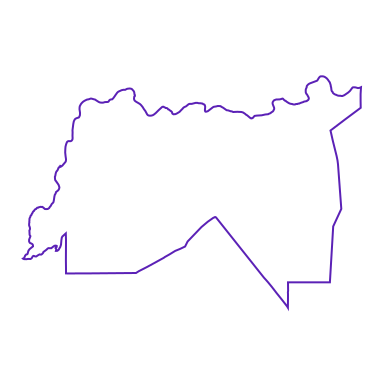 Dagana, Saint-Louis, Senegal (Natural Earth projection)
{"feature_id": "50182788B94177495754038", "entity_name": "Dagana", "entity_type": "district", "adm_level": 2, "iso_a3": "SEN", "parent_name": "Senegal", "parent_adm1": "Saint-Louis", "projection": "natural_earth1", "projection_center": [-16.074, 16.26], "detail": "fine", "context": "isolated", "style": "outline", "palette": "violet", "viewbox_px": 384, "rotation_deg": 0, "n_neighbors": 0, "source": "geoboundaries", "source_scale": "gbopen_adm2", "svg_char_len": 5787}
<svg xmlns="http://www.w3.org/2000/svg" viewBox="0 0 384 384"><path d="M361.0,87.2L359.7,87.8L358.0,88.1L355.5,87.4L353.7,87.3L352.8,87.4L352.4,87.7L349.9,91.0L348.1,92.6L344.3,95.2L342.4,96.0L341.5,96.0L340.0,95.7L339.2,95.8L338.0,95.6L337.3,95.4L336.2,94.8L335.5,94.7L334.1,93.9L333.1,93.1L332.8,92.6L332.5,91.8L331.9,91.3L331.5,90.3L331.1,87.2L330.8,86.4L330.7,85.2L329.9,82.7L329.8,82.3L329.4,81.9L327.9,79.7L326.8,78.4L325.2,77.2L324.0,76.6L322.7,76.3L320.8,76.3L319.9,76.7L319.6,77.0L318.8,78.0L317.3,80.5L316.8,80.8L310.1,83.3L308.9,83.9L307.9,84.7L306.9,85.9L306.7,86.5L306.7,87.2L305.8,89.3L305.7,90.9L305.8,92.6L306.4,93.9L306.9,94.3L308.5,97.2L308.8,98.1L308.8,98.8L308.2,100.0L306.9,100.8L306.7,101.1L304.0,101.6L303.4,102.0L300.6,102.9L299.1,103.6L298.2,103.6L297.5,104.0L296.0,104.0L295.6,104.3L294.5,104.5L293.1,104.4L292.5,104.1L290.2,103.7L288.8,103.1L286.3,101.5L285.6,100.8L285.2,100.8L284.0,99.9L283.0,98.8L282.7,98.6L282.0,98.7L281.3,99.0L279.6,99.4L276.2,99.5L274.2,100.2L273.3,101.2L272.7,102.2L272.6,102.8L272.6,103.6L272.8,104.4L274.1,107.7L274.2,108.9L273.9,109.7L273.6,110.1L273.4,110.7L272.9,111.4L271.0,112.6L270.6,113.1L268.6,113.9L268.2,114.2L265.2,114.5L261.7,115.3L256.8,115.6L254.6,115.9L253.7,116.8L253.2,117.6L251.8,118.4L250.9,118.3L250.7,118.0L250.2,117.9L247.0,115.2L246.3,114.9L245.2,113.9L243.1,112.5L241.5,112.0L237.4,111.8L233.2,112.0L231.6,111.3L230.8,111.3L228.2,110.4L226.6,110.2L223.1,107.7L221.2,106.7L220.7,106.2L220.1,106.1L217.8,106.0L216.3,106.4L213.8,106.8L213.0,107.2L207.8,111.2L206.1,111.7L205.5,111.7L205.2,111.4L204.9,110.2L205.2,106.8L204.9,105.4L204.5,104.7L204.1,104.4L203.4,104.3L202.6,103.6L200.8,103.3L198.5,103.2L197.5,102.9L195.5,102.9L191.6,103.9L189.5,103.9L188.6,104.2L186.1,106.3L184.3,107.1L183.3,107.8L182.8,108.5L181.1,110.2L179.5,111.9L176.8,113.5L175.5,114.1L174.7,114.2L174.2,114.2L173.6,114.3L172.6,113.8L172.2,113.2L172.1,112.3L171.2,111.2L170.9,111.2L169.4,110.0L169.3,109.8L168.1,109.3L167.8,108.8L167.3,108.3L166.3,108.0L165.7,108.0L164.8,107.4L164.1,107.2L163.7,106.8L163.0,106.7L162.1,107.0L158.7,110.1L155.8,113.0L154.1,114.4L152.8,115.2L151.4,115.6L149.9,115.7L148.6,115.5L147.8,115.1L147.1,114.3L145.4,111.1L143.9,109.1L142.7,107.1L141.0,105.0L139.9,104.0L138.6,103.2L136.2,101.8L135.1,101.0L134.6,100.5L134.3,99.9L134.1,99.3L134.0,98.6L134.3,96.4L134.6,96.0L134.7,96.3L134.7,96.6L134.9,96.0L134.9,95.4L134.8,94.8L134.5,94.4L134.2,92.2L133.7,91.1L131.9,89.1L131.0,88.7L129.7,88.5L127.8,88.7L126.9,88.9L125.2,89.8L124.5,89.8L123.4,89.8L121.6,90.2L118.5,91.6L117.8,92.1L117.2,92.7L115.6,94.9L114.6,96.4L113.2,98.3L112.2,99.3L111.2,99.4L109.9,99.8L109.5,100.1L108.5,101.6L108.0,101.9L107.1,102.0L104.9,102.1L103.3,102.6L102.1,102.7L100.1,102.5L98.8,102.0L95.8,100.1L95.4,99.7L91.4,98.6L90.6,98.6L88.7,99.3L86.9,99.6L84.5,100.8L83.0,101.8L81.7,103.1L80.9,104.1L79.8,106.2L79.6,107.2L79.5,109.2L80.0,112.6L80.0,114.0L79.9,115.3L79.6,116.0L79.3,116.7L78.9,117.4L78.2,117.7L77.3,117.9L75.5,118.7L74.9,119.3L74.4,120.1L73.8,121.4L73.3,123.9L72.5,130.2L72.6,132.6L72.5,135.8L72.6,138.0L72.5,139.2L72.2,139.9L71.6,140.7L70.9,141.1L70.2,141.2L68.5,141.1L67.9,141.3L67.2,141.8L66.8,142.5L66.1,144.3L65.5,146.7L65.3,149.4L65.2,152.6L65.6,156.4L66.0,159.1L66.0,159.9L65.8,161.3L65.3,162.2L64.6,162.9L64.2,163.5L63.6,164.1L62.4,165.6L60.8,166.7L60.6,166.4L60.5,166.0L60.3,165.9L59.9,166.6L59.5,166.7L59.2,167.4L58.6,167.7L58.3,168.4L57.7,169.9L57.2,170.7L56.5,171.4L56.2,172.0L55.9,172.8L55.6,174.0L55.3,175.9L55.0,176.4L54.9,176.9L55.0,178.7L55.2,180.0L55.6,180.7L55.9,180.9L56.4,181.8L57.1,182.5L57.3,183.1L57.7,183.5L58.6,184.9L59.4,187.3L59.1,188.8L58.6,189.8L58.3,190.1L58.0,190.5L56.0,192.1L55.7,193.3L55.4,193.8L55.2,194.3L54.8,194.8L54.5,196.1L54.4,196.5L53.9,200.0L53.5,202.0L52.9,202.9L51.8,203.9L50.6,206.1L50.0,206.7L49.1,208.1L47.7,209.0L46.1,209.1L44.9,209.0L44.4,208.6L44.0,208.1L43.6,208.0L43.2,207.5L42.4,206.9L41.2,207.0L40.8,206.8L40.3,206.9L38.7,207.3L38.2,207.7L37.7,207.7L37.3,207.7L36.6,208.3L36.2,208.9L35.3,209.2L34.9,209.6L34.0,210.7L34.0,210.9L33.5,211.2L32.8,212.1L32.3,213.3L31.9,213.7L31.3,215.2L30.8,215.5L30.5,216.0L30.4,216.7L29.6,218.3L29.4,219.2L29.5,219.8L29.3,221.4L29.4,222.4L29.2,222.9L29.1,225.0L29.2,225.7L29.6,226.7L29.8,227.3L30.0,228.6L29.9,229.5L29.4,230.5L29.6,234.7L29.8,235.3L30.0,235.6L30.4,236.1L30.3,236.6L29.2,239.4L29.1,239.9L29.1,241.4L29.5,242.3L29.8,242.8L30.7,243.3L31.1,243.4L32.0,243.9L32.4,244.2L32.8,244.8L32.9,245.2L33.0,245.9L33.0,246.4L32.4,246.8L32.2,247.1L31.7,247.4L30.5,248.4L29.6,249.1L29.3,249.5L28.5,250.6L27.9,252.5L27.8,253.1L27.5,253.9L27.3,254.2L26.0,254.6L25.1,255.7L24.8,256.6L23.9,258.2L23.5,258.4L23.0,258.6L23.2,258.8L24.0,259.1L26.4,259.2L28.1,258.9L30.5,259.0L31.6,258.3L32.1,257.5L32.7,256.4L33.4,255.9L34.2,256.0L35.0,256.4L36.1,256.5L36.8,256.1L37.6,255.5L39.0,254.7L39.6,254.4L40.8,254.6L41.4,254.5L42.2,253.9L43.1,252.9L43.4,252.0L46.5,249.7L47.7,248.5L48.7,248.1L49.5,248.2L51.3,248.2L53.0,246.8L54.4,245.8L55.8,245.6L56.7,245.9L56.7,246.9L55.9,247.4L55.5,248.0L56.3,249.2L55.9,250.9L56.9,250.9L57.5,250.7L58.8,249.6L59.3,248.5L60.2,247.1L61.0,244.7L61.4,240.1L61.8,237.6L62.4,236.5L65.8,233.4L66.0,240.2L65.9,260.5L66.0,268.3L66.0,273.4L68.3,273.5L78.4,273.4L87.9,273.4L136.0,273.0L138.8,271.2L147.2,266.9L163.8,257.8L164.7,257.1L169.5,254.4L175.2,250.9L180.1,248.9L185.1,246.5L187.6,241.5L201.5,227.0L207.8,221.7L213.2,217.9L214.7,217.2L214.8,217.3L215.5,217.1L216.1,217.5L263.9,277.6L268.0,282.2L272.0,287.1L276.7,293.2L282.0,299.8L287.2,306.5L287.9,307.7L288.0,297.2L288.0,293.9L287.9,292.3L288.1,290.9L288.0,282.3L329.9,282.3L333.2,226.4L341.3,208.9L338.0,164.3L337.5,160.4L336.6,156.0L332.8,140.7L330.5,130.5L345.4,119.2L360.7,107.8L360.6,101.3L360.6,94.0L361.0,87.2Z" fill="none" stroke="#5b21b6" stroke-width="2"/></svg>